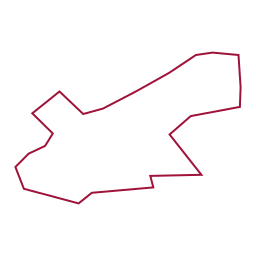 Namangan city, Namangan, Uzbekistan
{"feature_id": "79887680B13123627114568", "entity_name": "Namangan city", "entity_type": "district", "adm_level": 2, "iso_a3": "UZB", "parent_name": "Uzbekistan", "parent_adm1": "Namangan", "projection": "robinson", "projection_center": [71.661, 41.009], "detail": "fine", "context": "isolated", "style": "outline", "palette": "rose", "viewbox_px": 256, "rotation_deg": 0, "n_neighbors": 0, "source": "geoboundaries", "source_scale": "gbopen_adm2", "svg_char_len": 398}
<svg xmlns="http://www.w3.org/2000/svg" viewBox="0 0 256 256"><path d="M239.9,106.9L240.6,87.3L238.5,55.0L212.5,52.6L195.9,55.0L169.2,72.8L136.0,91.4L102.9,108.6L83.2,114.0L59.5,91.5L32.3,113.3L52.8,133.5L45.1,145.9L28.7,153.6L15.4,167.0L23.9,188.8L78.6,203.4L91.8,192.8L153.3,187.4L150.3,175.9L201.4,174.8L169.6,134.5L190.7,116.1L239.9,106.9Z" fill="none" stroke="#9f1239" stroke-width="2"/></svg>